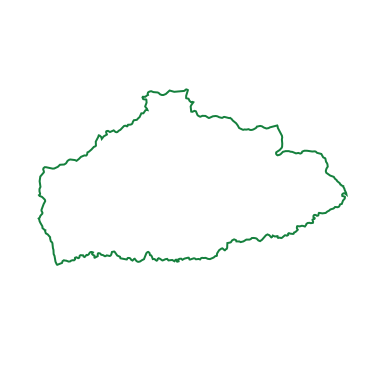 outline of Celendin, Cajamarca, Peru, rotated 102°
{"feature_id": "86281439B17410503992322", "entity_name": "Celendin", "entity_type": "district", "adm_level": 2, "iso_a3": "PER", "parent_name": "Peru", "parent_adm1": "Cajamarca", "projection": "orthographic", "projection_center": [-78.179, -6.771], "detail": "fine", "context": "isolated", "style": "outline", "palette": "green", "viewbox_px": 384, "rotation_deg": 102, "n_neighbors": 0, "source": "geoboundaries", "source_scale": "gbopen_adm2", "svg_char_len": 6043}
<svg xmlns="http://www.w3.org/2000/svg" viewBox="0 0 384 384"><g transform="rotate(102 192 192)"><path d="M272.2,271.3L271.5,271.1L271.3,270.8L271.2,269.6L271.3,269.0L272.3,267.7L272.2,266.1L272.9,263.9L272.7,263.2L271.7,262.2L271.7,259.2L271.2,258.5L270.2,258.0L267.3,257.8L266.4,255.8L266.7,255.1L269.7,251.9L270.3,249.0L271.7,248.2L271.6,242.0L271.5,241.7L270.2,241.3L269.8,240.9L269.6,239.6L269.8,238.6L271.1,237.2L271.4,235.9L269.5,234.7L269.2,234.2L271.1,231.9L271.5,230.7L271.4,229.7L270.7,228.3L269.2,226.9L267.7,225.0L261.3,223.9L260.0,223.0L259.7,222.2L260.5,220.9L262.5,219.9L262.5,218.8L263.4,217.9L265.8,216.4L265.4,215.1L265.5,214.4L266.2,213.4L266.5,212.2L265.6,211.6L264.5,211.6L263.7,210.8L264.0,209.4L265.1,206.8L264.7,205.9L263.3,204.1L262.6,202.4L263.8,200.8L262.6,197.2L263.4,194.8L261.8,194.0L261.5,193.5L261.9,192.8L263.1,192.4L263.2,191.8L262.6,190.7L260.8,191.4L259.9,190.2L259.5,188.7L260.3,187.3L258.7,185.5L257.0,182.0L257.0,181.5L258.5,180.4L258.5,179.9L256.5,176.5L256.4,175.5L257.0,174.2L256.1,171.5L256.3,170.1L254.8,169.3L254.3,168.4L254.2,167.1L253.6,164.9L254.1,162.5L253.9,160.5L251.6,157.2L249.9,155.9L249.4,154.6L249.1,154.4L247.5,154.7L246.3,154.5L243.2,153.3L241.2,151.4L240.8,150.5L242.2,148.0L242.1,147.6L241.1,147.1L240.5,146.3L239.3,146.0L234.6,146.8L233.3,143.8L232.8,143.4L231.0,142.7L229.6,141.0L229.9,139.1L231.1,138.3L230.5,135.3L230.9,134.1L230.7,133.6L229.6,131.4L227.3,129.0L226.6,125.9L225.9,124.8L224.6,123.9L224.1,122.0L224.0,119.9L224.2,119.0L225.6,117.0L225.9,115.2L224.2,113.6L219.0,110.7L217.8,109.3L218.2,107.4L219.9,105.0L219.3,104.3L217.8,103.9L218.3,101.7L217.4,99.3L217.5,99.0L218.4,99.0L219.0,98.2L218.4,96.7L218.5,95.2L218.1,94.5L215.1,92.2L214.8,91.1L215.0,90.1L214.5,89.4L214.0,89.0L212.9,89.3L212.4,89.0L212.1,88.6L212.3,87.3L212.0,84.4L211.6,83.9L210.4,83.7L209.6,82.5L207.2,80.8L206.9,80.7L206.0,81.7L205.3,82.0L203.8,82.1L203.5,81.9L203.2,79.4L202.2,77.5L202.1,76.2L202.3,74.4L200.3,73.5L199.3,73.4L198.2,72.3L197.7,70.6L197.8,69.4L197.1,67.4L196.1,67.3L194.1,68.4L193.8,68.3L192.9,66.7L192.4,66.5L191.9,66.7L191.8,67.5L191.4,68.0L190.1,68.2L189.2,67.8L188.8,67.0L188.8,66.0L189.3,64.8L188.9,63.9L188.6,63.6L186.3,63.6L186.0,63.4L185.8,60.0L184.7,56.9L182.9,55.5L181.9,54.2L180.3,53.0L178.7,50.1L176.9,48.9L176.6,46.4L176.0,45.4L175.4,45.0L173.4,44.6L172.5,43.0L168.9,42.5L167.1,41.4L166.2,41.2L165.0,41.4L164.8,41.9L164.6,44.2L163.2,44.6L162.2,44.0L161.6,43.1L161.6,42.0L162.4,40.4L160.8,41.1L158.4,43.0L157.0,43.7L155.6,45.0L154.8,45.2L154.5,47.2L153.9,47.8L153.8,48.5L152.7,49.3L151.2,52.2L150.3,53.0L149.3,54.9L147.7,56.5L147.2,60.2L145.3,64.6L144.2,65.3L143.2,65.5L141.0,65.3L139.0,64.5L136.7,65.3L135.8,65.9L134.5,67.2L131.6,68.5L131.3,68.8L130.9,70.7L130.6,71.1L127.9,73.4L127.7,77.8L126.8,79.3L126.7,80.3L127.4,82.8L127.7,87.8L128.3,90.7L129.5,92.5L131.2,93.0L131.9,94.1L131.7,96.1L132.6,98.3L131.9,102.2L132.1,104.0L131.9,105.8L132.5,108.8L133.8,111.4L136.6,113.2L137.4,114.1L138.3,115.8L138.0,116.8L137.4,117.5L136.4,117.9L135.6,117.8L132.6,114.9L130.0,113.4L128.8,113.3L125.8,113.8L122.0,115.0L119.9,115.1L118.3,115.7L111.4,121.4L109.8,122.0L109.2,122.5L112.6,129.3L113.6,130.4L114.4,132.4L114.0,135.2L113.2,137.2L113.2,139.1L114.6,142.2L115.6,142.4L116.4,143.1L118.0,144.9L118.8,146.3L119.2,148.0L118.8,149.7L119.7,151.9L119.9,153.6L120.5,154.8L120.5,155.4L119.6,159.2L117.5,161.0L115.6,163.1L113.6,167.0L112.4,168.4L111.6,170.1L112.0,170.9L111.8,175.8L112.0,176.5L113.1,177.7L113.3,178.5L113.2,181.0L112.7,182.8L112.7,184.5L113.6,187.3L115.9,190.4L116.1,191.1L114.8,194.6L115.3,197.6L116.6,199.5L116.6,200.2L116.0,202.0L115.5,202.7L112.3,204.9L112.1,206.4L113.5,208.4L113.5,209.5L108.6,211.1L106.7,210.6L103.9,209.3L103.7,210.1L104.3,211.7L103.4,213.3L101.5,214.8L101.5,217.1L101.3,217.3L99.0,217.7L93.2,217.2L92.9,218.1L92.8,218.7L93.2,219.5L94.5,220.3L94.9,221.1L97.7,230.2L97.4,235.0L101.6,238.0L103.1,240.2L103.4,241.6L103.1,243.5L102.0,245.3L101.8,246.3L102.3,250.5L101.9,252.9L102.2,253.6L102.7,254.6L103.8,255.7L105.1,255.8L106.2,255.2L106.5,255.7L108.6,257.5L109.1,259.9L109.8,260.1L111.3,259.0L111.3,257.6L111.0,256.2L111.3,255.8L114.1,255.0L118.0,255.6L118.9,254.8L119.8,253.5L121.1,252.6L121.1,253.4L121.7,254.5L125.1,255.9L125.6,257.9L129.8,258.9L130.7,259.7L132.9,261.0L133.9,263.8L135.6,264.4L137.4,264.6L138.3,265.2L139.0,266.5L139.5,268.5L139.9,268.8L140.9,268.8L141.3,269.2L141.0,270.8L141.3,271.7L141.7,272.3L146.1,275.0L147.3,276.4L148.8,277.4L149.2,278.1L149.2,279.3L148.0,281.4L150.4,284.7L149.7,286.9L150.1,288.0L150.6,288.5L151.5,288.4L153.5,287.2L155.9,289.9L158.8,291.3L157.1,292.2L156.0,294.1L156.0,295.0L157.8,295.2L162.7,296.6L166.7,295.6L167.7,296.4L168.3,297.4L171.4,299.2L174.0,301.2L175.0,302.5L177.0,302.4L178.1,302.8L178.4,303.2L178.6,304.9L180.7,307.9L183.2,309.5L185.5,311.4L185.1,313.2L185.5,317.8L185.9,318.7L187.4,320.2L190.0,321.1L191.0,322.0L191.7,322.8L192.8,326.8L195.3,328.5L197.7,331.7L198.1,333.2L198.1,340.1L198.4,341.3L199.6,342.2L200.7,342.3L202.6,341.2L203.6,341.0L208.4,343.6L213.1,343.3L218.5,341.3L220.8,341.8L223.1,341.3L225.3,340.2L226.1,340.3L226.9,341.0L227.6,340.2L227.9,337.9L228.5,336.8L230.0,334.5L230.6,334.0L231.5,333.7L234.6,334.6L240.7,335.5L241.7,335.3L243.3,334.0L244.3,333.9L246.7,335.3L248.9,335.7L249.8,336.5L250.8,335.6L252.1,335.1L253.7,333.9L256.7,331.2L258.3,330.8L259.7,328.4L259.9,327.5L260.7,327.6L262.8,326.4L263.5,324.3L265.7,321.4L267.0,321.1L269.6,319.8L270.3,318.5L271.1,317.9L275.7,316.4L277.4,315.5L281.5,314.4L283.1,313.2L288.6,311.0L291.1,309.1L291.2,308.6L288.4,304.4L286.5,304.2L285.4,303.1L285.5,301.8L285.3,301.0L285.7,298.2L285.2,296.7L284.2,295.9L283.5,294.5L283.4,293.3L282.3,292.4L281.6,292.4L281.1,292.8L280.6,292.7L279.9,291.5L280.4,289.6L280.0,288.9L279.4,288.6L277.8,288.6L277.0,288.0L276.6,285.4L277.7,284.6L277.9,283.5L275.5,282.1L275.5,281.1L274.5,280.1L272.6,279.4L271.9,278.8L271.5,277.6L271.7,276.3L273.2,276.9L273.6,276.7L274.2,275.6L274.5,274.2L276.4,273.8L276.5,273.4L274.4,270.9L272.2,271.3Z" fill="none" stroke="#15803d" stroke-width="2"/></g></svg>